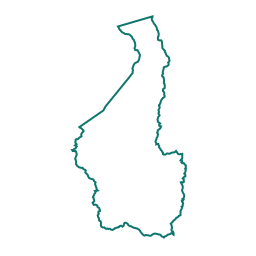 the district of Janaúba, Minas Gerais, Brazil, rotated 358°
{"feature_id": "56859067B43272372605318", "entity_name": "Janaúba", "entity_type": "district", "adm_level": 2, "iso_a3": "BRA", "parent_name": "Brazil", "parent_adm1": "Minas Gerais", "projection": "orthographic", "projection_center": [-43.375, -15.729], "detail": "fine", "context": "isolated", "style": "outline", "palette": "teal", "viewbox_px": 256, "rotation_deg": 358, "n_neighbors": 0, "source": "geoboundaries", "source_scale": "gbopen_adm2", "svg_char_len": 5905}
<svg xmlns="http://www.w3.org/2000/svg" viewBox="0 0 256 256"><g transform="rotate(358 128 128)"><path d="M99.6,226.6L100.8,226.5L101.6,227.4L102.7,228.1L103.7,227.7L104.7,228.2L105.5,228.1L106.5,228.1L107.6,229.0L108.9,229.3L110.3,228.7L111.2,227.8L112.0,227.8L112.7,227.3L113.5,227.1L114.5,227.1L115.0,226.5L115.8,226.5L116.2,225.8L117.5,225.4L118.4,225.8L119.0,226.4L120.0,225.8L120.5,224.6L120.7,223.6L121.3,222.7L122.5,222.6L123.6,223.2L124.6,224.1L124.8,224.9L125.6,225.6L126.7,226.2L127.7,226.3L128.3,226.8L130.5,228.0L131.6,228.1L132.5,228.5L133.8,228.8L134.4,229.3L135.3,229.8L135.9,230.4L137.2,232.5L138.2,234.0L140.0,235.8L140.9,236.1L141.9,235.5L142.9,235.8L144.5,235.9L145.6,236.4L146.7,236.5L147.7,236.1L148.4,235.5L149.7,234.8L150.7,234.5L151.7,234.5L153.4,234.9L154.5,235.4L156.1,235.5L157.1,236.4L158.0,237.6L159.1,238.0L160.1,238.7L161.0,237.6L162.2,237.3L163.1,236.8L163.9,236.1L166.1,235.5L167.7,234.6L168.3,235.1L169.8,236.2L169.9,234.7L169.6,233.6L169.2,232.9L168.3,232.6L167.9,231.7L167.9,230.7L168.5,229.8L168.5,228.7L168.2,227.7L168.1,226.4L167.4,225.2L168.3,224.3L169.2,223.6L170.2,222.2L171.3,221.5L172.4,220.5L173.2,219.3L174.5,219.0L175.2,218.4L175.7,217.6L176.8,217.3L177.5,216.8L177.4,215.8L177.6,214.4L177.5,213.0L178.3,211.6L179.3,209.4L178.9,208.5L179.7,208.3L180.0,207.5L180.0,206.3L180.5,205.4L180.2,204.4L179.4,203.5L179.3,202.4L180.5,202.3L181.1,201.4L180.2,200.7L181.0,200.2L181.5,199.2L181.7,198.3L181.8,197.4L181.7,196.5L180.6,194.5L180.2,193.4L179.8,192.1L180.3,190.9L180.6,189.7L180.7,188.5L180.5,187.6L179.7,185.8L179.2,185.0L178.9,184.1L179.9,184.0L181.0,184.3L181.8,184.0L182.0,183.1L181.8,182.3L182.0,181.2L180.9,180.4L181.4,179.7L182.0,179.3L182.6,178.6L183.6,178.4L183.7,177.2L183.5,176.1L182.7,175.6L183.7,174.1L184.0,173.1L184.3,172.0L183.7,170.8L184.5,170.2L184.2,168.9L184.6,167.7L184.1,167.0L183.3,166.2L182.5,165.0L180.9,165.0L180.1,164.1L181.0,163.0L180.5,162.2L179.5,162.1L179.9,161.4L181.0,160.6L181.2,159.4L181.2,158.5L181.3,157.2L181.3,155.8L180.4,156.0L179.4,155.9L178.3,156.1L177.3,155.8L176.2,154.2L175.8,153.4L175.2,152.6L174.3,153.6L173.4,153.9L172.1,154.1L170.9,154.1L170.0,154.5L169.2,155.0L168.1,155.2L167.1,154.9L166.2,154.8L165.4,155.3L164.6,155.8L162.7,155.8L162.0,155.3L162.1,153.9L161.2,152.8L160.8,151.7L159.9,151.1L159.6,149.8L158.8,149.0L158.3,148.3L158.6,147.1L157.9,146.2L157.7,145.0L156.6,145.0L155.7,145.3L155.8,144.4L155.0,142.6L155.3,141.5L156.0,140.5L156.1,139.2L157.1,137.9L157.4,136.7L157.8,135.4L157.5,134.7L156.9,133.8L157.6,132.7L157.6,131.8L157.9,131.1L159.4,130.2L160.2,129.5L161.1,127.5L159.5,127.0L159.2,126.2L159.5,125.2L160.3,124.6L159.7,124.0L159.0,123.6L158.3,123.1L158.0,122.2L158.0,121.3L157.8,120.5L158.2,119.2L158.6,118.1L159.2,117.4L160.0,116.5L159.5,115.5L158.9,114.6L159.2,113.8L159.6,113.1L159.3,112.2L159.1,111.2L159.4,110.5L160.0,109.7L160.3,108.5L160.3,107.4L159.7,107.0L159.8,106.1L160.5,105.5L161.4,103.9L161.5,102.9L162.1,101.9L162.6,100.7L163.9,99.2L164.7,98.8L165.7,98.1L165.7,96.9L165.3,96.1L165.4,95.0L165.5,93.9L164.9,92.9L164.3,92.4L164.3,91.3L164.5,90.3L166.0,89.4L166.3,87.0L165.9,85.8L166.0,84.9L165.4,84.4L165.5,83.2L165.7,82.0L165.4,79.1L165.0,78.1L164.2,77.8L163.9,77.1L164.1,76.0L165.0,74.9L164.6,73.9L164.8,72.9L165.1,71.9L165.4,70.9L165.8,69.8L165.8,68.7L166.8,68.1L169.0,67.8L169.6,67.2L170.5,66.7L170.9,65.7L170.4,63.9L171.1,63.4L171.8,62.4L171.6,61.2L171.4,59.2L170.8,58.3L170.2,57.7L169.2,57.1L168.7,55.9L168.3,54.9L168.1,54.0L167.5,53.3L167.6,52.2L166.9,51.6L166.4,50.8L165.7,50.1L165.2,49.2L165.0,48.0L165.3,47.2L165.0,46.2L165.0,45.3L165.0,44.3L164.9,43.2L164.7,42.2L164.1,41.5L163.0,41.7L161.1,40.9L161.0,40.0L161.0,38.8L161.2,37.8L161.8,37.0L161.9,36.0L162.0,35.0L161.8,34.0L161.3,31.7L160.5,30.9L160.1,28.5L159.6,27.5L159.1,26.8L158.7,25.8L157.8,24.9L157.2,23.8L156.7,22.6L155.9,21.5L155.6,20.2L155.6,18.9L156.3,18.3L156.4,17.3L121.5,26.2L122.6,28.1L122.8,28.9L123.3,29.7L124.1,30.1L124.4,31.0L125.1,31.8L126.3,32.5L127.4,33.2L128.1,33.8L129.1,34.0L130.7,34.2L131.8,34.3L132.9,34.8L135.1,37.1L135.5,38.3L135.9,39.1L136.7,39.9L137.2,40.8L137.3,41.6L137.9,42.8L138.0,44.1L138.2,44.9L138.1,46.5L137.6,47.6L137.3,48.6L137.7,49.5L138.0,50.4L139.2,50.5L140.2,50.5L140.6,51.4L141.1,52.3L142.5,55.5L142.3,56.6L141.9,57.6L141.8,58.6L141.6,59.5L141.2,60.3L140.8,61.0L140.4,62.0L137.9,63.1L136.9,63.8L136.2,64.7L135.6,65.8L135.2,67.1L134.7,68.0L134.5,69.0L134.9,69.8L134.9,70.8L134.6,72.1L134.6,73.1L129.8,78.8L106.2,105.8L104.1,109.5L102.5,110.6L79.4,125.4L80.0,126.0L80.9,126.4L81.7,127.0L82.2,127.7L83.0,128.4L83.5,129.0L83.4,129.9L82.4,130.6L81.7,131.6L81.0,132.7L81.1,133.8L81.2,134.8L79.0,135.9L78.3,136.7L77.6,137.3L76.7,137.5L75.8,137.4L75.1,138.2L75.2,139.3L74.8,140.4L75.2,141.5L76.0,142.4L75.0,143.0L74.4,143.6L75.3,143.9L76.2,144.7L75.5,145.6L75.0,146.5L73.4,147.1L72.6,148.1L71.4,148.1L71.9,149.1L72.8,149.1L73.7,149.3L74.5,149.1L75.3,149.7L75.5,151.0L75.8,152.2L75.7,153.3L75.0,154.6L74.1,157.0L74.6,157.9L74.8,159.3L75.0,160.2L75.0,161.1L74.7,162.1L75.9,164.0L76.5,164.7L77.2,165.0L77.9,165.7L79.0,165.9L80.0,166.3L81.2,166.2L81.6,167.0L82.2,167.7L83.4,168.1L84.3,168.9L83.7,170.8L84.3,171.6L85.2,172.3L85.7,173.2L86.3,173.8L86.3,174.6L86.8,175.5L87.4,176.7L90.0,177.8L91.2,178.0L91.9,178.7L92.1,179.7L92.9,180.5L93.7,181.2L93.0,182.8L93.3,183.6L93.7,184.3L93.8,185.4L94.4,186.6L94.4,187.7L94.7,188.6L95.6,189.4L94.9,189.6L93.7,189.6L92.7,189.8L93.4,190.8L92.8,192.0L92.0,192.8L91.8,193.6L91.5,194.4L90.9,195.1L90.5,195.7L91.1,196.3L91.1,197.2L91.7,199.4L91.7,200.2L90.8,200.8L90.0,201.6L90.6,202.6L91.0,203.6L92.0,203.6L92.8,203.4L93.8,203.9L94.6,204.5L94.6,205.5L95.2,206.2L95.9,206.6L96.6,207.2L96.6,208.1L97.0,209.0L97.1,210.0L95.8,210.3L95.3,211.5L95.8,212.4L95.4,213.3L94.7,214.0L94.9,215.2L95.2,216.4L95.8,217.1L95.8,218.3L95.9,219.3L96.5,219.9L97.3,220.2L97.7,221.3L97.5,224.6L98.1,225.9L99.6,226.6Z" fill="none" stroke="#0f766e" stroke-width="2"/></g></svg>